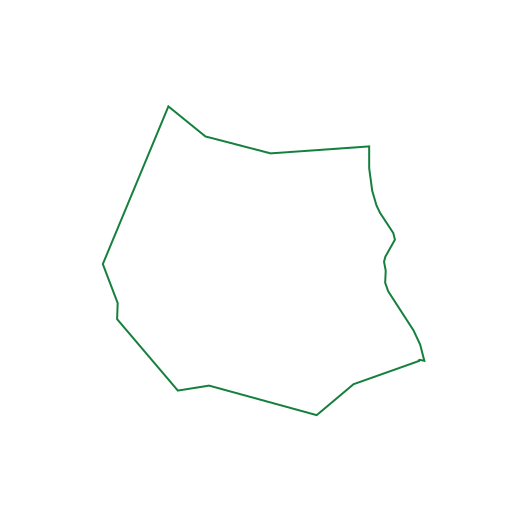 map outline of Al Batnah South (Equal Earth projection), rotated 61°
{"feature_id": "OMN-5497", "entity_name": "Al Batnah South", "entity_type": "Region", "adm_level": 1, "iso_a3": "OMN", "parent_name": "Oman", "parent_adm1": "", "projection": "equal_earth", "projection_center": [57.783, 23.513], "detail": "fine", "context": "isolated", "style": "outline", "palette": "green", "viewbox_px": 512, "rotation_deg": 61, "n_neighbors": 0, "source": "natural_earth", "source_scale": "10m", "svg_char_len": 512}
<svg xmlns="http://www.w3.org/2000/svg" viewBox="0 0 512 512"><g transform="rotate(61 256 256)"><path d="M215.0,103.9L234.2,114.5L255.2,122.7L270.1,126.1L278.3,126.6L302.5,124.8L309.1,126.6L319.3,143.2L323.1,146.8L331.8,149.7L342.0,156.0L351.0,157.5L397.6,154.3L413.2,155.4L429.3,159.6L426.2,163.1L426.2,164.2L426.8,164.4L415.4,232.8L424.6,280.1L346.6,359.9L335.8,389.6L243.9,408.1L230.1,399.8L188.8,393.9L82.7,260.1L126.9,242.3L173.3,193.5L215.0,103.9Z" fill="none" stroke="#15803d" stroke-width="2"/></g></svg>